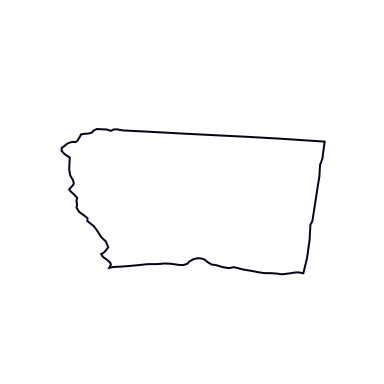 the district of Nyaribari Masaba, Nyanza, Kenya, rotated 297°
{"feature_id": "3690345B15425967230787", "entity_name": "Nyaribari Masaba", "entity_type": "district", "adm_level": 2, "iso_a3": "KEN", "parent_name": "Kenya", "parent_adm1": "Nyanza", "projection": "equal_earth", "projection_center": [34.907, -0.835], "detail": "fine", "context": "isolated", "style": "outline", "palette": "ink", "viewbox_px": 384, "rotation_deg": 297, "n_neighbors": 0, "source": "geoboundaries", "source_scale": "gbopen_adm2", "svg_char_len": 1735}
<svg xmlns="http://www.w3.org/2000/svg" viewBox="0 0 384 384"><g transform="rotate(297 192 192)"><path d="M170.1,328.1L185.4,324.5L202.5,318.6L216.8,312.3L220.3,312.5L224.3,311.3L246.2,304.1L255.9,300.9L263.8,298.4L266.9,297.0L274.3,293.8L281.0,293.0L297.1,287.3L279.0,245.1L264.8,212.9L254.5,190.0L239.8,157.1L224.3,122.1L220.6,113.9L215.6,102.7L214.4,99.0L214.1,97.4L212.2,93.8L209.7,92.1L209.0,87.6L206.9,83.1L204.9,78.6L201.8,76.3L199.5,75.8L197.1,73.3L194.7,69.3L192.8,66.9L190.4,67.0L188.3,66.8L185.8,66.8L183.5,65.4L182.2,62.4L180.6,60.8L178.4,58.8L175.2,57.5L172.3,55.9L169.4,57.1L168.2,60.4L167.8,62.2L167.5,63.8L167.3,67.4L165.8,68.1L163.8,69.0L161.8,69.9L160.1,70.6L157.2,72.0L155.8,72.7L154.5,73.7L151.7,75.8L150.4,77.5L149.0,79.9L147.1,82.0L146.1,82.7L144.8,82.9L142.3,82.4L138.5,81.3L137.3,84.3L136.8,85.8L136.5,87.2L135.3,90.8L134.6,92.4L131.6,93.1L129.0,95.0L127.5,95.7L125.7,96.2L123.1,100.3L122.2,106.0L121.2,110.8L118.6,111.9L117.8,115.9L117.0,119.9L115.3,123.5L113.3,127.1L111.5,130.1L110.5,131.9L110.1,133.2L108.8,137.8L106.1,140.8L104.7,142.5L100.9,141.8L98.8,141.2L96.5,140.1L95.4,139.2L93.7,142.3L93.0,147.3L91.8,151.4L90.5,152.7L86.9,152.7L89.6,156.2L91.7,159.8L92.7,161.6L95.7,166.6L98.6,171.3L101.1,175.2L104.4,180.4L106.4,183.4L108.3,186.5L110.7,191.4L113.3,196.0L115.8,199.9L118.6,206.1L120.0,210.2L121.0,213.3L122.9,217.4L125.8,220.3L129.0,221.3L132.7,223.7L135.4,226.9L136.9,230.1L137.5,234.1L136.6,238.0L136.3,242.4L137.9,247.3L139.1,253.9L140.9,259.4L144.0,263.4L145.0,267.6L146.1,272.5L148.9,281.4L150.6,287.3L152.5,293.2L154.5,297.1L156.1,300.5L157.9,304.8L159.4,309.3L161.9,313.1L163.9,316.1L166.0,318.8L168.3,322.4L169.3,325.2L170.1,328.1Z" fill="none" stroke="#020617" stroke-width="2"/></g></svg>